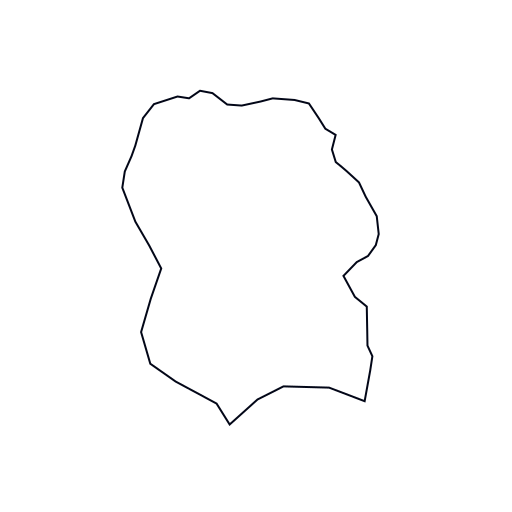 Fota, Cyprus, rotated 31°
{"feature_id": "46923920B41218230383335", "entity_name": "Fota", "entity_type": "district", "adm_level": 2, "iso_a3": "CYP", "parent_name": "Cyprus", "parent_adm1": "", "projection": "natural_earth1", "projection_center": [33.224, 35.255], "detail": "fine", "context": "isolated", "style": "outline", "palette": "ink", "viewbox_px": 512, "rotation_deg": 31, "n_neighbors": 0, "source": "geoboundaries", "source_scale": "gbopen_adm2", "svg_char_len": 784}
<svg xmlns="http://www.w3.org/2000/svg" viewBox="0 0 512 512"><g transform="rotate(31 256 256)"><path d="M412.9,295.4L407.4,282.0L397.7,275.4L390.1,263.2L377.0,242.3L361.8,240.1L341.2,228.0L345.5,209.3L352.0,198.3L353.1,185.0L349.9,174.0L339.0,159.7L319.5,148.7L306.4,139.9L301.0,138.8L290.1,136.6L283.6,135.5L276.0,134.4L266.2,125.6L261.9,111.2L249.9,111.2L239.1,105.7L222.8,98.0L208.7,102.4L189.1,112.3L180.4,121.2L166.3,134.4L153.3,141.0L134.8,138.8L122.9,143.2L117.4,155.3L106.6,159.7L90.3,178.4L88.1,196.0L95.7,223.6L97.9,234.6L100.0,251.1L106.2,266.3L134.9,288.7L159.2,302.1L181.2,315.5L187.8,346.8L196.7,380.4L220.9,402.8L251.8,405.0L298.2,402.8L320.2,414.0L331.2,378.2L346.7,353.6L386.4,331.2L423.9,324.5L412.9,295.4Z" fill="none" stroke="#020617" stroke-width="2"/></g></svg>